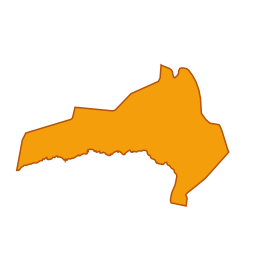 the border of Unity, rotated 99°
{"feature_id": "SDS-871", "entity_name": "Unity", "entity_type": "State", "adm_level": 1, "iso_a3": "SSD", "parent_name": "South Sudan", "parent_adm1": "", "projection": "mercator", "projection_center": [30.188, 8.676], "detail": "fine", "context": "isolated", "style": "filled", "palette": "amber", "viewbox_px": 256, "rotation_deg": 99, "n_neighbors": 0, "source": "natural_earth", "source_scale": "10m", "svg_char_len": 3435}
<svg xmlns="http://www.w3.org/2000/svg" viewBox="0 0 256 256"><g transform="rotate(99 128 128)"><path d="M185.0,60.5L185.9,60.0L186.6,59.3L187.9,58.8L188.7,58.6L195.9,58.4L195.2,73.6L194.3,74.1L193.5,74.6L192.5,74.8L187.4,74.8L184.6,74.5L176.5,72.5L168.6,72.2L167.4,72.4L166.4,72.9L165.7,73.6L165.1,74.5L164.4,75.3L163.5,75.6L162.3,75.9L161.8,76.6L161.0,78.7L160.4,79.5L159.5,80.2L158.8,81.0L158.5,82.5L157.8,83.6L156.6,84.0L155.9,84.7L156.7,86.3L157.4,86.8L157.9,87.0L158.3,87.3L158.5,88.3L158.5,92.5L158.2,93.0L157.8,93.4L157.6,93.8L158.1,94.2L157.3,95.0L156.4,95.6L155.5,96.2L154.9,97.4L154.6,99.5L154.3,100.2L153.6,101.0L153.1,101.3L152.2,101.6L151.9,101.8L151.7,102.2L151.5,103.3L151.4,103.6L150.2,104.9L149.8,105.0L148.8,105.2L148.4,105.4L147.9,105.9L147.5,106.8L147.4,107.8L147.5,108.9L147.8,109.7L148.6,111.0L148.8,112.0L148.8,112.5L148.7,113.4L148.8,113.8L149.1,114.3L149.9,115.1L150.2,115.6L150.3,116.7L150.2,119.0L150.6,120.0L151.0,119.6L151.4,120.6L151.1,121.4L150.5,122.1L149.7,122.7L150.1,123.6L150.7,124.3L153.2,126.7L153.7,126.9L154.1,126.9L154.6,127.1L154.9,127.6L155.0,128.6L154.5,129.5L153.2,131.1L152.9,131.8L152.6,132.6L152.4,133.4L152.3,134.2L152.7,134.2L152.8,134.0L152.7,133.6L152.7,133.3L153.4,133.8L153.3,134.3L153.0,135.0L152.7,135.8L153.0,136.4L153.9,137.3L154.1,138.0L154.4,138.3L156.3,139.6L156.3,139.8L156.2,140.7L156.3,140.9L156.5,141.0L157.4,140.9L157.6,140.9L158.2,142.2L158.1,143.1L157.8,144.0L157.4,145.7L157.0,146.1L156.6,146.3L156.3,146.6L155.8,148.4L156.5,149.0L156.8,150.9L157.2,151.5L155.9,152.3L155.4,152.5L156.7,154.6L156.8,155.6L155.6,156.0L155.6,156.3L156.1,157.1L156.2,157.8L155.2,158.2L154.8,159.5L155.0,162.3L155.9,164.3L157.6,163.5L157.6,164.7L158.2,164.7L159.0,164.4L159.7,164.4L160.2,165.1L160.2,166.0L160.2,167.0L160.3,167.9L161.1,169.1L162.4,170.6L163.1,171.8L162.4,172.4L166.2,176.9L166.9,179.2L167.5,179.6L167.6,180.1L167.6,181.9L168.1,182.4L169.0,182.9L169.4,183.3L168.6,183.9L168.6,184.4L169.1,184.4L170.3,184.8L170.0,184.9L169.7,185.0L169.4,185.1L169.0,185.2L169.0,185.6L169.5,186.1L169.4,186.6L168.9,187.0L168.6,187.4L168.2,187.9L167.9,188.2L167.7,188.6L167.2,191.5L167.8,192.7L167.4,193.1L166.9,193.5L166.8,194.1L167.1,194.6L168.1,195.4L168.6,195.8L168.6,196.4L168.6,197.1L168.6,197.8L170.1,198.4L170.9,199.4L171.4,200.6L171.6,201.8L171.6,202.6L171.3,203.1L170.9,203.3L170.1,203.4L169.7,203.7L170.2,204.3L170.8,204.9L171.1,205.1L171.3,205.4L172.1,206.0L172.1,206.3L172.0,207.0L172.1,207.3L172.6,207.5L173.1,207.5L173.6,207.6L173.8,208.4L174.2,209.7L176.2,211.8L176.9,213.1L177.2,215.7L177.6,216.7L178.7,217.9L179.1,219.7L179.7,220.9L180.3,221.7L180.7,222.5L181.0,224.5L181.3,224.9L182.1,225.5L183.5,227.2L186.5,228.9L187.0,229.6L187.2,230.8L187.3,231.3L156.4,230.5L148.9,228.1L128.5,185.9L127.8,185.0L126.7,184.5L125.6,184.3L115.8,183.5L113.5,145.8L112.9,144.5L111.9,143.1L93.6,130.4L77.2,105.3L73.6,104.1L60.5,105.2L61.2,103.4L62.7,96.4L63.8,94.4L65.1,93.1L68.1,92.1L69.5,91.5L70.8,90.4L71.1,89.9L71.1,89.6L70.5,89.2L69.6,88.4L69.1,87.9L68.0,87.3L67.4,87.0L66.7,86.9L66.2,86.7L65.7,86.6L65.2,86.7L64.7,86.8L64.2,86.9L63.8,87.0L63.4,86.9L63.0,86.6L62.5,86.4L62.0,86.4L61.2,86.2L60.3,84.6L60.1,82.2L60.2,79.5L61.5,77.0L65.6,72.9L70.4,69.1L71.7,68.1L79.6,63.9L87.3,61.1L102.0,57.8L107.4,52.6L110.4,47.9L110.5,38.5L112.5,37.0L116.0,34.8L133.1,26.5L136.0,24.7L151.1,34.4L166.1,44.1L183.1,59.5L184.1,60.2L185.0,60.5Z" fill="#f59e0b" stroke="#b45309" stroke-width="1.5"/></g></svg>